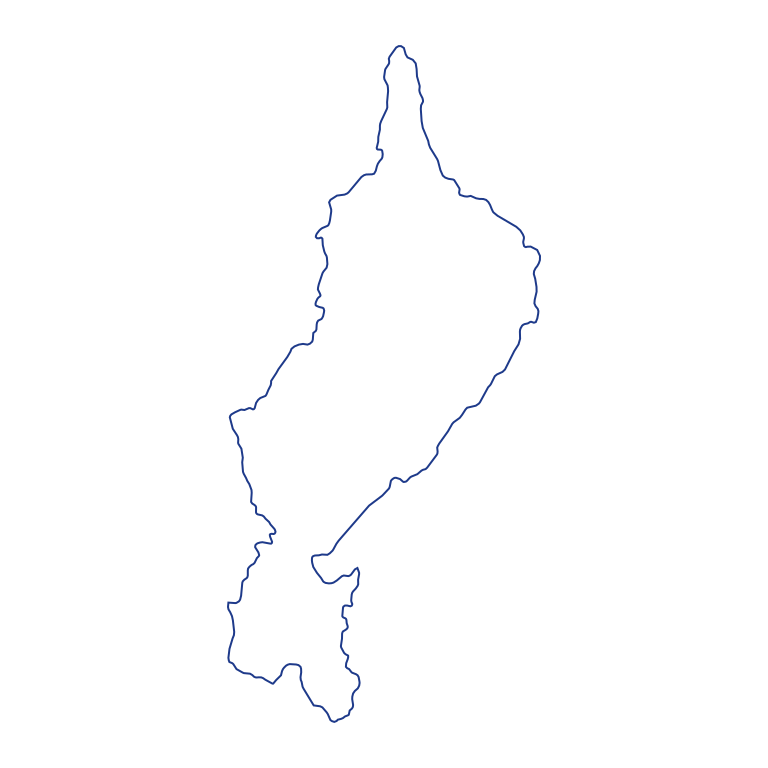 an SVG outline of Lampang
{"feature_id": "THA-391", "entity_name": "Lampang", "entity_type": "Province", "adm_level": 1, "iso_a3": "THA", "parent_name": "Thailand", "parent_adm1": "", "projection": "albers", "projection_center": [99.463, 18.356], "detail": "fine", "context": "isolated", "style": "outline", "palette": "blue", "viewbox_px": 768, "rotation_deg": 0, "n_neighbors": 0, "source": "natural_earth", "source_scale": "10m", "svg_char_len": 6098}
<svg xmlns="http://www.w3.org/2000/svg" viewBox="0 0 768 768"><path d="M416.6,69.0L417.0,76.4L419.6,85.6L419.7,86.8L419.3,90.1L419.6,91.9L420.4,94.1L422.5,98.2L423.0,100.3L423.0,101.7L421.1,105.3L420.8,108.9L421.6,121.1L422.8,127.9L428.2,140.9L428.9,144.4L430.2,147.8L437.1,159.0L438.0,161.0L440.4,170.1L442.8,175.6L445.2,177.6L448.4,178.8L453.1,179.5L454.2,180.1L459.4,188.4L459.6,189.5L459.1,192.6L459.3,193.5L459.9,194.8L460.6,195.1L464.4,196.3L466.2,196.5L467.7,196.5L470.7,195.9L476.1,198.3L479.4,198.9L483.3,199.0L486.1,199.9L488.4,202.1L490.1,205.0L491.7,209.0L493.0,211.8L493.7,212.6L497.6,215.8L516.3,226.8L520.3,230.4L522.9,234.5L523.9,237.0L523.9,238.6L523.2,241.9L523.3,243.0L524.1,246.1L524.8,246.7L525.8,247.1L527.5,246.7L530.7,246.6L537.2,250.0L540.0,255.9L539.9,260.1L538.8,263.3L537.3,266.0L535.5,268.3L534.1,271.1L533.8,274.0L535.2,278.8L536.5,286.9L536.6,291.7L534.7,299.9L534.4,303.4L535.6,306.2L537.7,308.8L538.4,311.1L538.2,313.6L537.3,318.4L535.8,322.1L533.9,322.7L531.2,321.8L530.3,321.9L527.8,323.4L524.6,324.1L523.3,324.7L522.1,325.7L520.7,328.1L520.1,329.7L519.9,331.7L520.1,338.8L518.5,344.4L514.2,351.2L505.0,369.5L502.5,371.9L497.0,374.4L494.8,376.2L491.0,383.9L490.2,385.1L488.1,387.3L480.0,402.2L478.9,403.6L475.8,405.7L467.2,407.7L465.5,409.5L462.1,414.8L459.8,417.8L453.6,422.3L452.2,423.9L448.0,431.3L439.2,443.6L437.9,445.9L437.2,447.6L437.6,451.5L437.4,453.5L436.9,454.6L427.2,467.6L425.6,469.1L423.0,469.8L421.5,470.6L417.3,474.2L411.3,476.6L410.0,477.5L407.0,480.8L405.9,481.6L403.8,482.0L402.9,481.6L400.1,479.1L396.1,477.8L394.9,477.8L393.6,478.3L391.8,479.7L390.9,480.9L389.7,486.9L389.0,488.5L382.3,495.6L369.1,505.6L338.7,540.6L336.4,543.8L333.3,549.5L332.5,550.7L329.8,553.3L327.4,554.8L322.0,554.5L318.9,555.3L314.9,555.5L313.2,556.1L312.4,556.9L312.0,558.0L311.9,560.4L312.2,562.8L313.3,567.0L316.9,572.8L321.1,578.0L323.1,581.3L323.7,581.9L325.5,582.9L328.9,583.4L331.5,583.2L333.5,582.6L336.8,580.5L341.9,576.2L343.8,575.5L348.3,576.1L349.6,575.7L351.0,574.7L354.9,569.4L357.4,568.0L359.1,572.7L359.1,574.2L358.1,579.7L358.2,584.3L357.6,585.9L355.8,588.5L353.0,591.5L352.2,592.8L351.7,594.6L351.2,600.2L351.4,601.8L352.2,603.7L352.2,604.7L351.7,605.7L350.4,606.3L347.0,605.5L345.0,605.5L343.4,606.6L343.0,607.8L342.3,616.1L342.7,616.9L343.4,617.5L345.3,618.3L346.0,618.9L346.4,619.9L346.7,623.2L347.7,626.2L347.7,627.3L347.2,628.5L345.8,629.7L342.9,631.5L342.4,632.5L342.1,633.7L342.0,638.7L340.9,646.1L341.2,647.5L344.1,652.9L345.5,654.2L348.1,655.6L348.2,657.1L347.7,659.2L346.2,663.2L345.9,666.8L347.2,668.2L349.1,669.1L351.3,672.0L352.1,672.7L356.0,674.2L357.6,675.3L358.6,677.0L359.4,681.2L359.6,682.9L359.2,685.6L357.8,688.4L354.8,691.0L353.1,693.5L352.3,696.7L352.2,699.2L353.1,704.9L353.0,706.1L352.7,707.3L351.9,708.6L349.7,710.5L348.8,714.7L348.0,715.3L345.1,716.4L342.9,718.1L341.0,718.9L337.8,719.7L336.6,721.0L334.3,721.9L331.9,721.1L330.4,720.0L327.8,714.1L326.7,712.4L322.4,707.4L320.2,706.3L313.7,705.4L303.5,688.6L302.6,686.8L301.6,681.8L300.8,680.0L300.5,677.2L301.2,672.4L301.1,668.8L300.5,666.8L298.5,665.1L296.1,664.5L289.7,664.1L287.7,664.7L286.0,665.7L284.0,667.7L282.9,669.2L282.0,671.2L281.0,675.3L276.2,680.0L273.2,683.6L272.4,683.6L265.3,679.7L263.2,678.2L261.3,677.4L258.9,677.3L256.5,677.5L255.3,677.3L254.0,676.7L252.4,675.1L250.0,673.7L243.9,673.1L242.9,672.7L236.5,669.1L233.3,664.1L232.3,663.2L229.4,662.0L228.8,660.4L228.4,657.8L229.5,648.8L232.6,638.4L233.9,635.2L234.2,631.9L232.9,620.4L232.0,616.2L230.2,612.2L228.5,609.4L228.0,607.0L228.4,602.6L235.4,603.1L236.4,602.9L238.9,601.4L240.1,599.7L241.1,595.7L242.3,582.7L242.8,581.3L244.3,579.7L246.7,578.1L247.4,577.1L247.8,575.6L247.8,570.3L248.1,568.5L249.5,566.7L251.5,565.0L253.3,564.1L254.6,562.8L256.9,558.1L258.8,556.1L259.2,555.2L258.4,552.4L255.2,547.3L255.2,546.2L255.5,545.0L256.7,543.8L257.8,543.2L260.1,542.5L262.4,542.2L270.2,543.6L271.2,543.6L271.9,542.9L272.1,541.8L270.1,536.7L269.8,534.9L270.3,534.1L271.5,533.8L273.7,534.0L274.6,533.6L275.2,532.8L275.5,531.7L275.0,530.0L274.4,528.9L270.5,524.5L269.1,522.0L265.6,518.8L263.8,516.5L262.2,515.4L257.8,514.4L256.9,513.9L256.3,513.2L256.0,512.2L256.1,507.5L255.9,506.4L254.7,505.1L252.2,503.5L251.1,501.9L251.7,492.8L251.5,490.0L249.3,484.1L247.3,480.9L246.1,478.1L243.7,473.7L243.0,471.8L242.2,462.3L242.8,457.7L241.4,448.7L238.3,443.7L238.1,442.7L238.3,439.2L237.9,437.0L237.0,435.2L232.8,428.8L229.8,417.3L230.2,415.9L231.4,414.4L235.0,412.3L240.2,409.9L241.3,409.6L244.5,410.0L249.0,408.1L250.2,408.1L253.0,409.4L253.9,409.1L254.7,408.1L256.1,402.9L258.1,399.9L260.3,398.0L265.5,395.9L266.4,394.6L268.4,389.8L270.7,385.3L271.1,383.1L271.1,381.0L276.2,373.2L278.5,369.1L287.3,357.0L290.4,351.7L291.5,348.8L294.5,346.4L298.9,344.6L303.0,343.9L307.5,344.6L309.9,343.7L312.2,341.6L312.8,339.6L313.3,333.0L315.8,330.9L316.4,329.5L316.7,324.4L317.1,322.4L318.2,320.6L321.5,319.0L322.3,317.8L323.1,316.2L323.9,312.6L324.2,310.6L323.6,308.5L322.7,307.8L319.2,307.0L316.4,305.8L315.7,305.2L315.5,303.9L315.9,302.1L317.3,299.0L318.4,297.6L320.2,296.2L320.5,295.2L319.9,293.5L317.9,289.5L318.1,287.3L318.8,284.3L322.5,273.2L323.5,271.5L326.6,267.7L327.4,264.1L326.9,257.6L326.5,256.0L325.1,253.5L324.3,251.5L322.8,245.2L322.4,238.7L321.6,237.8L320.9,237.6L319.0,238.3L317.0,238.2L315.8,236.9L316.0,235.5L316.8,233.7L319.3,230.5L320.8,229.1L322.2,228.1L327.6,225.8L328.3,225.2L329.2,223.3L329.9,220.6L331.2,211.7L331.2,209.5L329.1,202.3L330.5,199.8L337.0,195.6L344.6,194.6L347.3,193.4L348.7,192.2L361.4,177.0L364.0,175.2L366.2,174.5L372.1,174.3L374.1,173.7L375.8,170.7L376.9,166.3L377.9,163.7L379.7,161.0L381.8,158.6L382.4,157.1L382.7,154.1L382.2,150.9L381.7,150.1L380.9,149.7L377.7,149.5L377.0,149.0L376.7,147.9L378.2,141.7L378.3,136.9L379.9,129.7L379.9,125.7L380.2,123.7L381.2,121.0L386.8,109.1L387.3,107.4L387.1,102.1L388.1,91.2L387.9,87.6L387.6,85.4L384.4,79.2L384.1,77.0L385.1,70.0L385.5,68.9L388.7,64.1L389.1,63.1L389.2,61.0L388.8,58.8L389.6,56.7L396.2,47.5L398.7,46.1L401.0,46.1L403.9,48.0L405.7,54.4L407.5,57.4L412.8,59.8L415.7,63.4L416.6,69.0Z" fill="none" stroke="#1e3a8a" stroke-width="2"/></svg>